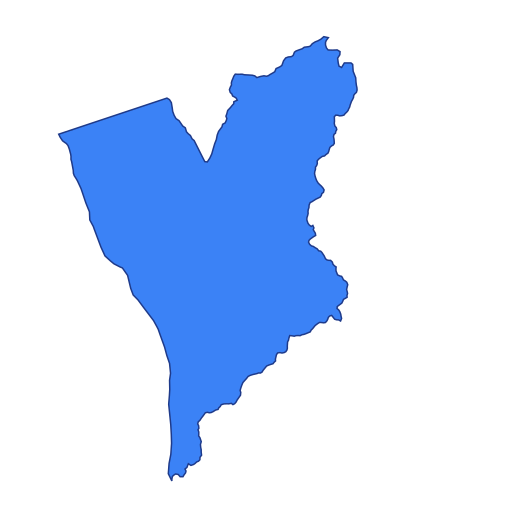 Tucuruí, Pará, Brazil (Robinson projection), rotated 161°
{"feature_id": "56859067B45116319118579", "entity_name": "Tucuruí", "entity_type": "district", "adm_level": 2, "iso_a3": "BRA", "parent_name": "Brazil", "parent_adm1": "Pará", "projection": "robinson", "projection_center": [-49.877, -3.798], "detail": "fine", "context": "isolated", "style": "filled", "palette": "blue", "viewbox_px": 512, "rotation_deg": 161, "n_neighbors": 0, "source": "geoboundaries", "source_scale": "gbopen_adm2", "svg_char_len": 5215}
<svg xmlns="http://www.w3.org/2000/svg" viewBox="0 0 512 512"><g transform="rotate(161 256 256)"><path d="M197.2,167.0L195.4,169.1L195.2,171.2L194.8,173.5L194.9,176.2L195.4,178.2L196.5,179.9L195.6,181.8L191.8,183.0L190.2,183.5L188.7,185.0L187.4,186.5L185.2,186.9L183.3,187.3L182.8,189.1L181.6,190.8L181.4,192.7L181.2,194.9L179.8,197.2L178.6,199.0L178.7,201.6L179.7,203.3L181.1,205.0L181.3,207.1L181.7,208.9L183.3,209.9L185.0,211.6L185.2,215.8L184.6,217.8L183.8,219.6L185.0,221.1L185.9,223.1L185.8,225.4L186.9,227.6L188.6,228.2L190.1,229.1L191.2,230.8L191.5,233.9L192.5,237.8L193.3,239.5L195.0,240.5L195.9,243.0L197.2,244.4L198.7,246.4L200.3,247.5L201.5,249.6L201.8,252.0L200.8,253.5L199.1,254.4L195.4,255.5L192.9,256.0L192.5,258.2L193.3,262.3L192.1,263.7L192.3,266.4L194.2,266.0L195.6,268.1L196.2,270.1L196.2,273.5L195.4,275.6L194.1,277.3L192.9,279.2L192.3,281.3L191.4,283.0L190.2,284.5L189.2,286.9L187.4,288.9L185.5,289.1L181.1,290.2L176.1,290.8L174.5,292.0L173.4,293.6L171.5,294.2L170.1,296.3L170.6,298.7L171.5,300.9L172.6,302.9L173.5,304.8L174.1,307.5L174.2,310.1L174.1,312.6L173.8,314.9L172.8,316.9L171.6,318.5L170.8,320.7L169.3,321.7L168.0,323.3L167.2,326.0L165.4,327.1L163.2,327.9L160.9,328.6L158.6,328.3L156.7,329.2L154.5,329.8L153.2,331.2L152.0,333.0L150.8,334.6L148.7,335.5L146.8,335.8L145.3,337.0L144.7,339.1L144.2,341.1L143.9,343.6L142.7,345.6L140.9,346.2L140.0,347.9L138.5,349.2L138.3,351.3L139.1,353.3L138.8,356.0L137.9,357.9L137.2,360.2L136.6,362.2L134.7,363.2L132.8,362.4L131.4,361.3L129.0,360.7L126.9,360.6L125.4,361.6L123.2,362.6L121.6,363.6L120.4,365.0L118.9,366.4L117.9,368.0L115.4,371.1L113.6,372.7L112.1,374.3L111.3,376.1L109.5,377.3L107.8,378.0L106.4,380.0L105.8,382.2L105.5,384.8L104.8,388.1L103.7,392.0L104.0,399.0L102.2,405.7L103.3,407.6L109.6,409.8L113.7,406.4L115.7,408.5L115.4,411.7L114.4,416.5L111.2,419.0L110.0,421.9L112.1,424.4L116.8,425.8L120.7,427.3L121.6,429.6L121.6,432.8L120.7,435.4L119.3,437.0L116.5,438.9L120.5,441.3L124.0,439.9L127.4,439.3L130.3,439.2L133.7,438.4L136.3,436.8L138.1,436.8L142.4,437.7L144.9,436.9L148.1,436.9L151.5,436.8L153.3,436.2L155.6,433.5L157.5,433.0L159.1,433.3L160.7,433.7L163.5,433.6L166.4,431.6L168.4,429.1L169.6,427.7L171.8,427.1L173.6,426.9L176.0,426.7L178.3,424.1L181.0,423.5L183.4,423.1L185.6,422.5L187.5,422.5L189.8,423.8L193.3,424.3L197.1,424.4L198.5,426.7L200.6,428.1L203.9,429.5L207.9,431.1L209.9,432.4L214.0,433.7L216.4,434.7L218.5,433.2L220.0,431.4L221.9,429.3L223.0,427.6L223.5,425.7L225.3,424.0L227.0,421.9L227.1,419.0L226.1,417.1L226.0,414.9L224.4,413.2L223.3,411.7L223.0,409.4L226.7,409.1L227.5,407.2L229.4,406.2L231.8,404.7L235.4,402.8L237.4,399.8L238.9,398.0L238.8,395.5L239.9,393.9L241.8,391.9L244.7,391.4L246.1,389.2L250.8,386.0L253.3,383.0L255.6,379.0L258.5,375.6L261.7,371.1L264.6,366.9L267.8,363.6L271.4,360.8L273.7,361.9L274.7,369.0L276.9,385.3L278.3,387.6L278.8,391.3L280.3,393.7L281.3,396.1L281.1,400.2L283.0,402.8L284.7,409.0L286.9,411.9L287.6,415.6L287.7,419.8L287.0,423.2L286.1,428.6L286.9,432.0L288.8,434.3L379.4,435.2L402.9,435.4L402.5,432.1L402.0,430.1L401.4,427.9L399.9,425.7L398.7,424.1L397.8,421.7L397.7,418.0L397.9,415.1L398.1,412.5L398.5,410.4L399.5,407.6L399.6,405.2L400.9,396.5L401.7,393.7L401.7,391.1L401.0,388.3L400.4,385.4L400.1,382.6L399.5,376.7L399.5,373.3L399.6,361.7L399.1,352.0L401.4,344.2L400.2,336.8L400.2,334.2L399.7,314.9L399.0,307.8L398.8,305.3L395.2,298.7L392.9,294.9L388.1,289.9L386.2,288.2L383.7,279.5L385.0,266.2L384.8,259.1L381.9,253.0L378.9,243.5L373.9,228.3L372.7,221.3L372.3,218.6L372.3,215.1L372.3,213.0L372.1,199.7L372.7,190.8L372.7,182.6L375.0,172.9L378.2,166.6L381.0,157.9L383.3,152.3L386.8,144.3L391.5,124.3L394.1,115.1L396.8,106.4L401.1,96.2L403.8,91.5L405.7,88.2L409.8,78.7L408.8,70.7L408.1,72.6L406.8,74.8L405.0,75.6L403.0,76.1L400.6,74.7L399.6,72.0L396.9,71.1L395.4,72.4L393.2,73.9L392.2,75.5L392.5,77.7L390.1,78.6L388.9,80.1L387.6,81.6L385.7,79.2L382.9,79.2L381.1,79.7L379.2,80.6L377.2,80.7L375.4,81.6L374.5,83.9L372.3,85.4L371.7,88.3L370.9,90.7L370.6,93.0L369.9,95.9L368.2,98.3L368.2,102.6L368.8,104.5L368.1,106.2L367.4,108.2L367.4,110.6L366.1,111.7L365.5,114.3L365.8,116.2L364.6,118.0L362.5,118.9L360.5,120.5L358.3,121.9L354.9,124.3L352.7,124.0L351.3,123.0L349.5,122.6L347.3,122.8L344.3,123.5L341.8,123.3L340.6,124.6L338.9,125.3L337.3,126.7L334.5,126.6L332.1,125.9L329.9,125.1L327.3,124.7L326.2,123.0L324.3,123.3L322.5,124.3L320.8,125.9L318.5,127.6L316.0,129.4L314.8,132.0L314.8,134.0L313.3,136.2L311.4,138.6L309.6,140.6L307.5,141.8L304.8,143.3L302.7,144.7L300.6,145.0L298.9,145.0L296.9,144.9L295.2,144.7L293.2,144.5L291.6,144.6L290.0,143.9L288.2,144.2L286.5,145.6L281.8,148.5L279.5,148.7L277.3,148.7L275.0,148.6L273.5,149.6L271.7,150.4L271.2,152.2L268.8,156.0L267.1,157.3L264.9,156.9L263.0,155.8L260.8,155.5L259.0,155.8L257.4,157.0L256.4,158.5L255.7,160.7L254.1,164.5L252.7,165.8L251.6,167.7L250.0,169.8L247.7,168.7L245.9,167.7L244.2,167.7L242.1,167.1L240.2,166.3L238.3,166.6L236.3,166.3L234.4,166.3L229.4,166.6L228.0,168.0L226.2,168.8L222.7,171.0L219.4,172.1L217.4,172.5L215.6,171.7L213.8,170.8L212.0,170.5L210.2,171.5L208.8,172.8L207.6,174.4L205.9,175.3L203.8,175.2L202.2,170.6L200.5,169.4L198.7,168.7L197.2,167.0Z" fill="#3b82f6" stroke="#1e3a8a" stroke-width="1.5"/></g></svg>